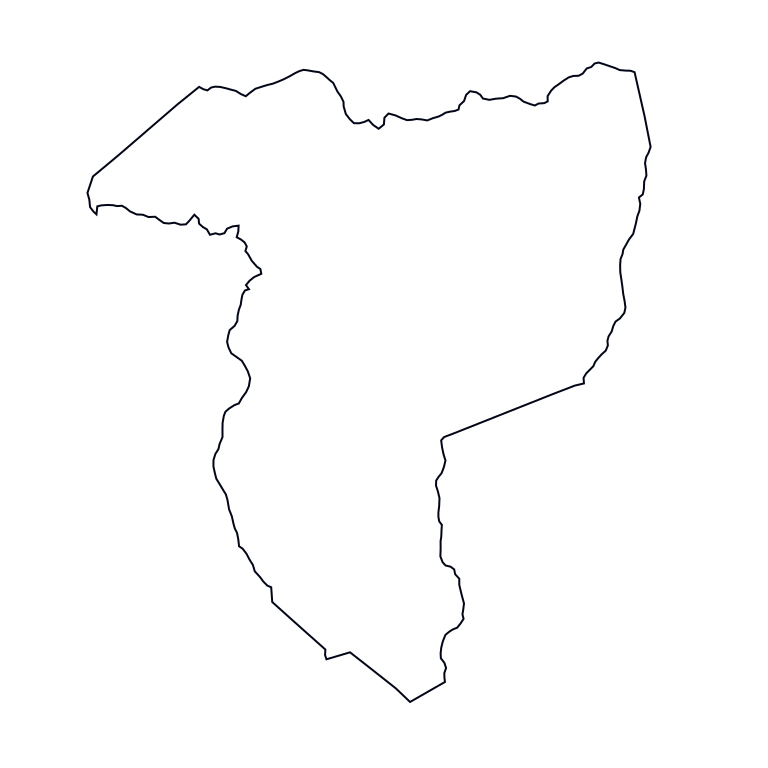 Inhambupe, Bahia, Brazil, rotated 176°
{"feature_id": "56859067B53431248458401", "entity_name": "Inhambupe", "entity_type": "district", "adm_level": 2, "iso_a3": "BRA", "parent_name": "Brazil", "parent_adm1": "Bahia", "projection": "robinson", "projection_center": [-38.397, -11.762], "detail": "fine", "context": "isolated", "style": "outline", "palette": "ink", "viewbox_px": 768, "rotation_deg": 176, "n_neighbors": 0, "source": "geoboundaries", "source_scale": "gbopen_adm2", "svg_char_len": 3964}
<svg xmlns="http://www.w3.org/2000/svg" viewBox="0 0 768 768"><g transform="rotate(176 384 384)"><path d="M112.3,677.6L116.3,679.3L121.3,679.8L126.9,680.7L131.2,683.0L136.7,685.3L143.1,688.0L147.5,689.7L151.6,689.0L155.1,685.8L159.8,684.6L164.1,679.8L168.3,677.9L173.6,678.1L178.3,677.0L183.5,674.2L189.5,670.4L193.4,668.1L196.8,665.0L200.7,659.8L201.0,654.5L204.6,653.0L210.3,653.0L214.1,651.3L218.8,653.1L225.0,655.9L228.5,659.1L232.2,661.5L238.1,662.7L245.3,660.8L252.6,660.8L259.0,660.1L265.4,661.9L267.8,665.8L271.5,668.5L277.7,670.1L281.9,666.7L284.4,660.7L289.3,656.7L290.5,652.6L294.5,651.4L299.0,651.1L303.6,650.4L307.2,648.5L310.9,647.0L316.5,645.8L322.5,643.9L327.9,645.3L333.2,646.1L337.5,645.6L342.6,645.6L347.6,647.8L353.7,651.1L360.6,653.5L365.0,649.6L366.0,642.9L371.5,639.0L376.8,643.2L381.0,648.5L385.4,646.8L390.6,645.8L395.8,646.3L399.5,650.4L403.2,655.9L404.9,663.7L404.7,668.2L406.9,673.8L410.0,678.9L411.9,683.5L413.6,687.8L417.2,691.2L420.1,694.3L423.3,697.4L426.9,699.6L432.8,700.8L438.2,702.2L442.4,703.0L446.7,702.0L451.0,700.3L456.6,697.6L463.5,694.7L469.2,692.8L473.7,691.4L479.6,690.4L484.7,689.2L491.7,687.5L497.8,683.6L501.8,680.7L506.5,683.2L511.3,686.7L516.4,688.4L521.2,690.1L526.8,691.8L531.9,692.4L535.8,691.8L539.7,689.2L543.7,690.7L547.7,693.3L570.7,677.2L632.7,630.9L659.9,611.3L666.5,595.3L665.1,588.5L664.9,581.0L661.9,576.4L659.0,573.3L657.6,581.2L653.7,581.9L647.5,581.9L642.0,581.3L637.9,580.1L633.1,580.1L629.5,577.8L625.3,573.9L618.9,570.4L612.8,569.7L607.3,567.0L600.6,566.8L596.2,563.0L592.5,560.0L587.4,559.1L581.7,559.5L575.8,557.1L570.4,557.1L566.5,560.7L561.4,566.1L557.4,561.7L557.3,556.9L553.8,553.3L549.9,550.6L547.2,545.0L541.5,546.1L537.6,544.6L532.7,545.6L529.7,549.9L524.0,551.8L518.0,552.1L518.7,546.3L520.7,540.7L516.6,538.1L513.2,535.0L511.3,530.8L513.0,526.3L510.5,522.9L507.3,516.1L502.6,509.9L499.3,507.3L498.7,502.5L506.0,499.8L510.9,496.4L514.8,492.3L512.1,488.0L516.2,487.0L519.0,482.9L520.2,478.6L521.4,473.0L523.6,468.2L525.3,462.2L525.9,457.1L528.9,452.5L534.2,448.5L535.9,443.6L537.6,436.9L536.5,431.1L534.2,425.3L528.7,420.8L524.2,417.1L521.5,411.8L519.0,406.2L517.1,399.0L519.0,391.1L522.1,385.5L526.8,379.9L530.2,374.7L534.6,373.4L540.3,370.3L544.1,367.4L546.0,363.4L547.7,356.6L548.3,350.0L548.8,342.3L552.2,335.6L553.7,330.6L557.1,326.0L559.4,320.0L559.9,313.7L559.1,307.9L557.9,301.2L554.7,295.1L551.8,289.4L549.4,284.8L548.2,279.0L547.3,269.8L545.0,262.6L544.0,255.7L542.9,250.3L541.0,245.7L540.2,239.2L539.9,232.2L536.5,229.6L532.9,224.0L530.4,218.2L527.4,212.6L526.0,206.2L521.1,200.0L518.2,195.4L514.4,191.0L510.7,189.1L510.7,174.3L493.6,156.6L461.0,123.2L461.7,117.8L460.6,113.4L436.6,118.7L421.1,104.7L393.4,79.5L380.2,65.0L344.0,82.5L344.2,86.9L344.0,91.4L341.9,96.3L343.2,101.6L346.4,106.4L346.3,111.4L345.3,116.9L343.3,123.1L340.2,129.5L336.1,132.4L332.4,134.4L328.0,135.8L324.4,139.7L321.0,144.2L321.8,148.8L320.7,153.4L319.5,159.5L321.0,167.1L322.2,173.9L322.9,178.3L322.5,184.5L326.3,189.3L326.9,194.1L330.3,197.1L335.3,198.7L337.9,202.0L339.8,208.1L339.0,215.6L338.5,223.3L337.5,227.9L336.8,234.3L336.1,239.4L338.5,243.1L339.0,247.6L338.7,252.0L337.5,258.3L336.6,266.2L337.7,272.9L339.2,279.0L338.7,284.0L336.0,287.6L332.8,291.0L330.1,296.8L328.0,303.4L329.5,309.6L330.5,316.8L330.9,323.8L327.7,326.9L318.7,329.6L220.9,360.7L216.5,362.1L193.8,369.1L184.5,370.6L184.5,376.2L181.5,380.5L177.5,384.0L173.9,387.2L171.8,391.3L168.7,394.7L165.3,398.0L160.4,401.9L158.0,406.8L158.1,411.6L156.6,415.9L153.2,420.5L151.3,425.7L148.7,430.1L144.0,433.0L139.3,438.2L137.8,443.4L138.2,449.9L139.1,457.4L139.4,464.3L139.9,471.4L140.5,479.0L140.2,485.6L139.3,492.2L137.0,496.9L135.9,501.4L133.1,505.6L129.5,511.1L124.9,516.4L123.4,521.0L121.5,526.7L119.6,533.5L117.1,539.1L115.8,545.8L116.7,552.3L112.7,555.0L111.2,560.0L110.3,568.0L107.7,573.5L107.7,579.5L108.2,586.1L106.7,591.9L103.9,596.4L101.5,601.9L105.4,633.0L112.3,677.6Z" fill="none" stroke="#020617" stroke-width="2"/></g></svg>